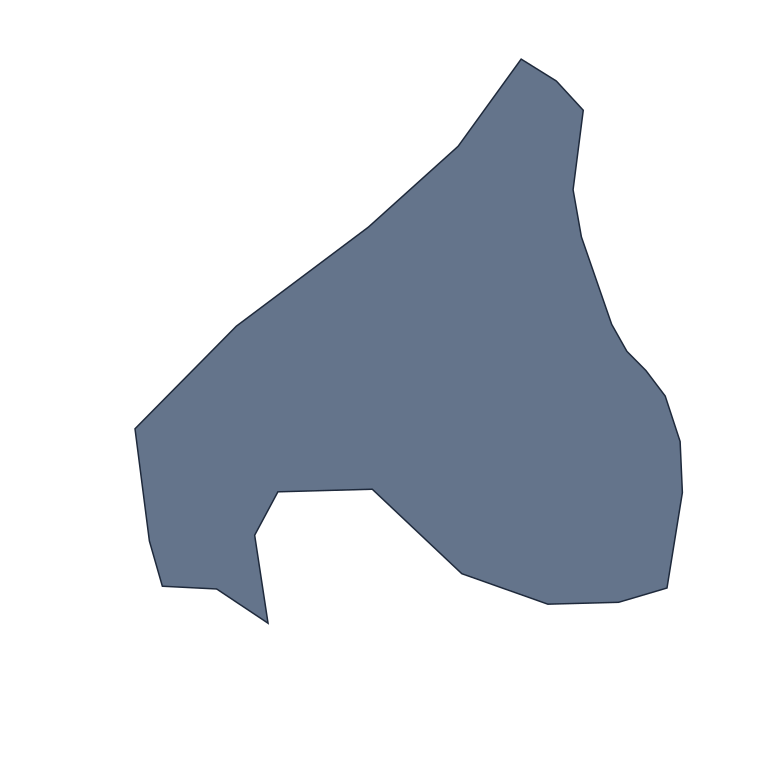 an SVG outline of Soufrière, rotated 164°
{"feature_id": "LCA-5085", "entity_name": "Soufrière", "entity_type": "Quarter", "adm_level": 1, "iso_a3": "LCA", "parent_name": "Saint Lucia", "parent_adm1": "", "projection": "albers", "projection_center": [-61.032, 13.851], "detail": "fine", "context": "isolated", "style": "filled", "palette": "slate", "viewbox_px": 768, "rotation_deg": 164, "n_neighbors": 0, "source": "natural_earth", "source_scale": "10m", "svg_char_len": 519}
<svg xmlns="http://www.w3.org/2000/svg" viewBox="0 0 768 768"><g transform="rotate(164 384 384)"><path d="M162.6,658.5L134.8,627.7L117.0,592.2L148.7,518.6L153.7,471.0L148.7,378.6L141.5,348.4L128.5,324.7L117.0,294.9L115.2,247.1L127.1,197.4L168.2,109.9L218.7,109.5L287.2,127.2L361.5,180.2L424.3,286.1L515.7,309.6L550.0,274.3L561.4,186.0L601.4,233.1L652.8,250.7L652.8,297.8L635.7,409.6L586.1,437.5L557.1,453.8L510.0,480.3L355.8,539.1L247.2,592.1L162.6,658.5Z" fill="#64748b" stroke="#1e293b" stroke-width="1.5"/></g></svg>